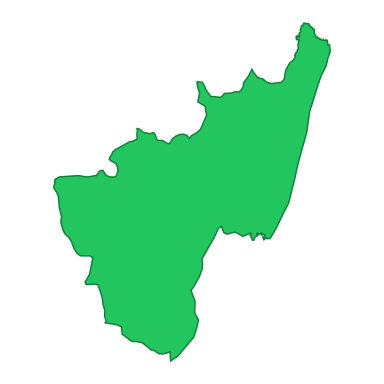 outline of Kalehe, Sud-Kivu, Democratic Republic of the Congo
{"feature_id": "63176286B48907865482387", "entity_name": "Kalehe", "entity_type": "district", "adm_level": 2, "iso_a3": "COD", "parent_name": "Democratic Republic of the Congo", "parent_adm1": "Sud-Kivu", "projection": "equal_earth", "projection_center": [28.9, -2.034], "detail": "fine", "context": "isolated", "style": "filled", "palette": "green", "viewbox_px": 384, "rotation_deg": 0, "n_neighbors": 0, "source": "geoboundaries", "source_scale": "gbopen_adm2", "svg_char_len": 5623}
<svg xmlns="http://www.w3.org/2000/svg" viewBox="0 0 384 384"><path d="M329.6,45.1L329.3,45.3L328.5,45.1L328.2,45.0L328.2,44.8L328.2,44.7L327.7,44.6L327.6,44.2L327.8,43.9L327.6,43.3L327.6,42.8L327.3,42.5L327.5,42.0L327.3,41.7L327.1,41.1L327.3,40.7L327.1,40.6L326.7,40.7L326.7,40.4L326.8,40.3L326.8,40.0L326.7,39.9L326.4,39.9L325.7,40.4L325.3,40.5L325.1,40.2L324.6,40.3L323.9,40.3L323.5,40.0L323.3,40.0L323.2,39.7L322.9,40.4L322.1,40.5L321.3,39.4L321.0,39.5L320.9,39.4L320.8,39.5L320.7,39.5L320.3,39.0L320.0,38.9L319.9,38.7L319.6,38.9L319.5,38.5L318.9,38.1L318.2,38.2L317.7,38.1L317.4,37.7L317.0,36.6L316.9,36.6L316.8,36.8L316.4,36.9L315.9,36.7L315.5,36.1L315.5,35.6L315.2,35.0L315.1,34.6L314.8,34.3L314.6,33.4L314.3,32.9L314.3,32.4L314.4,32.2L314.4,31.9L314.2,31.2L314.2,30.9L314.3,30.8L314.3,30.5L314.4,30.3L314.2,30.2L314.1,29.3L313.9,29.0L313.5,29.0L313.3,28.8L312.9,28.8L312.7,28.7L312.5,28.4L312.5,27.8L312.3,27.7L312.2,27.5L312.0,27.4L311.9,27.5L311.7,27.5L311.4,27.6L311.1,27.6L310.8,27.2L310.8,26.6L310.8,26.4L310.1,26.2L309.7,25.5L309.3,25.2L309.2,24.8L309.0,24.7L309.0,24.2L308.8,23.9L308.7,23.6L308.3,23.7L308.1,23.8L307.5,23.9L307.2,23.7L307.1,23.8L306.7,23.6L306.1,23.2L305.5,23.5L305.4,23.7L305.2,23.7L304.9,23.6L304.5,23.1L304.0,23.0L303.8,23.1L303.5,23.6L303.5,23.9L303.3,24.1L303.3,24.3L303.0,24.7L303.0,25.3L302.9,25.6L302.5,25.9L302.3,25.8L302.0,25.8L301.9,26.0L301.5,26.0L301.3,26.3L301.3,26.6L301.4,27.1L301.3,27.6L301.2,27.6L301.1,28.0L300.8,28.4L300.7,28.8L300.5,29.1L300.5,29.5L300.3,30.0L300.4,31.1L300.6,31.3L300.6,31.6L300.6,32.1L300.2,32.4L299.9,32.5L299.4,33.0L299.3,33.5L299.2,33.6L299.2,34.5L299.3,34.8L299.6,35.1L299.7,35.7L299.3,35.6L298.9,35.1L298.7,35.5L298.7,35.9L299.2,36.5L299.3,37.0L299.0,37.0L298.5,36.4L297.9,36.5L297.4,36.0L297.4,35.9L297.2,35.8L296.9,36.0L297.0,36.3L296.6,36.3L296.4,36.4L296.0,36.9L296.0,37.0L296.3,37.5L296.4,37.9L296.5,37.9L296.4,38.5L296.5,38.7L296.5,38.8L296.4,38.8L296.3,39.1L296.5,39.4L296.7,39.6L296.8,39.5L297.0,39.2L297.4,38.9L297.8,39.1L298.1,39.8L298.4,39.5L299.1,39.7L299.2,39.8L299.2,40.2L299.1,40.5L298.9,40.5L298.7,40.8L298.6,42.2L298.4,42.7L298.2,42.9L298.2,43.6L298.1,43.8L298.0,44.7L297.9,45.0L298.1,45.5L298.1,46.4L298.2,46.6L298.1,47.8L298.3,48.6L298.2,48.9L297.9,49.7L297.4,49.9L297.3,50.2L297.0,51.8L296.9,51.9L296.7,52.0L296.6,52.5L296.4,52.6L296.1,52.6L295.9,52.7L295.7,53.3L295.7,53.8L295.4,54.0L295.0,54.4L294.9,55.0L294.7,55.2L294.7,55.4L295.0,56.3L295.3,56.7L295.1,57.4L295.0,57.6L294.9,57.6L294.9,57.3L293.3,60.2L289.8,62.8L285.6,70.3L284.3,79.0L281.5,82.3L272.1,83.5L267.0,82.5L263.1,79.1L257.5,77.4L253.8,72.6L251.8,69.3L248.9,75.5L244.4,81.6L243.5,83.4L243.2,86.5L241.4,89.7L239.0,92.0L235.8,91.6L231.7,93.0L224.5,93.4L221.9,96.5L220.3,97.3L212.3,96.5L211.0,96.7L206.4,90.4L203.9,84.9L202.3,82.4L197.6,81.6L196.9,82.7L197.1,84.4L198.5,89.8L199.6,92.9L199.1,94.8L197.9,101.9L205.4,106.4L205.5,110.3L206.7,114.9L200.4,129.5L195.9,133.3L191.9,135.3L191.0,136.2L190.1,138.2L189.2,138.1L187.1,135.5L183.5,134.2L180.3,134.4L176.3,135.8L173.0,138.2L169.5,143.5L167.2,143.4L162.5,140.5L157.6,140.4L156.9,139.5L154.9,134.1L154.0,132.9L152.6,132.6L150.5,133.7L145.8,132.9L143.0,132.2L139.7,129.2L136.9,128.6L137.4,129.9L136.9,134.3L137.2,139.0L132.4,141.4L129.9,141.6L115.3,149.7L112.6,152.0L111.8,154.6L110.2,156.6L109.2,159.5L111.5,161.2L113.5,162.2L116.7,164.5L118.1,170.8L115.9,176.6L113.8,177.0L109.3,176.9L105.9,175.1L102.8,170.2L99.6,171.1L96.4,175.6L94.7,175.7L89.9,176.6L85.9,176.9L78.6,175.6L59.5,176.9L54.9,179.5L54.8,182.8L53.8,186.6L54.0,188.4L56.7,192.3L58.3,196.4L59.4,208.2L61.6,216.9L60.9,221.0L61.2,223.7L63.0,230.0L64.8,233.6L68.8,237.5L71.1,240.9L74.3,249.1L76.7,252.8L78.3,254.4L80.6,255.8L90.2,255.9L91.7,257.1L92.9,257.4L89.6,274.2L85.1,282.2L86.2,284.6L94.6,284.1L97.9,284.7L98.8,287.1L102.0,296.7L103.1,304.5L104.7,310.5L104.6,316.5L106.2,320.7L105.1,322.8L116.5,324.7L121.3,326.5L122.2,334.2L131.6,341.3L137.5,341.8L142.3,342.8L151.5,350.2L153.3,350.1L158.9,353.7L162.3,354.0L165.8,353.3L170.1,351.8L170.5,360.3L170.7,361.0L177.9,356.0L193.7,337.3L196.8,327.6L198.5,319.8L197.2,317.6L194.7,312.7L195.1,301.0L192.8,295.5L191.0,290.2L193.2,287.7L199.0,277.5L202.2,269.1L202.6,264.5L202.1,258.7L214.3,237.3L218.5,228.2L221.5,226.5L223.7,232.6L227.2,234.2L232.0,232.7L235.5,232.2L243.0,236.4L250.6,233.0L250.7,233.3L250.9,233.6L251.2,233.8L251.2,234.5L250.8,234.8L250.2,235.1L250.2,235.4L250.6,235.6L251.1,235.7L251.2,236.1L251.1,236.4L251.0,236.6L251.0,237.5L251.6,238.0L251.8,238.3L252.0,238.7L252.1,239.7L252.3,239.9L252.4,239.7L252.4,239.8L252.5,240.0L252.8,240.1L253.0,240.4L253.7,240.2L254.0,240.0L254.4,239.3L254.4,238.3L254.7,237.7L255.0,237.4L255.5,236.7L255.8,236.5L256.2,236.5L256.9,236.0L257.3,235.9L257.5,235.9L257.8,235.7L257.9,235.4L257.8,235.0L257.6,234.9L257.1,234.9L256.7,234.3L256.8,234.1L257.0,233.7L257.4,232.9L257.8,233.0L258.0,233.2L258.5,233.9L259.0,234.2L259.5,234.1L259.6,233.7L260.4,233.6L260.9,233.3L261.1,232.9L261.5,233.2L261.5,233.4L261.5,233.7L261.2,234.3L261.3,234.7L261.3,234.8L261.3,235.0L261.6,235.3L262.0,235.2L262.1,234.9L262.2,234.4L262.5,234.0L262.9,234.2L263.2,234.1L263.8,234.2L264.2,234.8L264.8,234.8L264.7,236.0L264.7,236.4L264.5,236.7L264.2,236.9L263.6,236.7L263.2,236.6L262.9,236.8L262.9,237.2L263.1,237.3L263.0,237.6L263.1,238.2L263.3,238.4L263.6,238.5L263.7,239.0L263.6,239.5L263.9,239.9L264.8,239.2L265.5,238.0L265.9,237.8L267.9,238.8L270.3,238.3L276.4,227.9L283.0,214.0L288.6,203.2L294.9,178.3L296.9,168.4L301.2,152.1L306.8,132.0L309.6,111.8L316.9,88.6L321.1,75.7L326.1,66.1L327.9,58.2L330.2,51.7L329.6,45.1Z" fill="#22c55e" stroke="#15803d" stroke-width="1.5"/></svg>